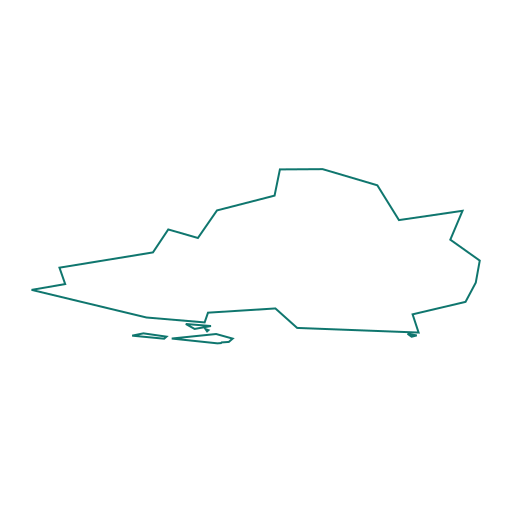 Sakha (Yakutia), Equal Earth projection, rotated 181°
{"feature_id": "RUS-2612", "entity_name": "Sakha (Yakutia)", "entity_type": "Autonomous Province", "adm_level": 1, "iso_a3": "RUS", "parent_name": "Russia", "parent_adm1": "", "projection": "equal_earth", "projection_center": [131.922, 66.295], "detail": "coarse", "context": "isolated", "style": "outline", "palette": "teal", "viewbox_px": 512, "rotation_deg": 181, "n_neighbors": 0, "source": "natural_earth", "source_scale": "10m", "svg_char_len": 760}
<svg xmlns="http://www.w3.org/2000/svg" viewBox="0 0 512 512"><g transform="rotate(181 256 256)"><path d="M92.1,182.3L213.6,184.8L235.7,203.9L303.0,198.5L306.2,188.7L364.4,192.6L479.8,218.2L446.3,224.6L452.3,240.9L359.1,257.8L344.2,281.0L314.4,273.0L295.8,300.9L238.5,316.7L233.6,343.0L190.9,344.0L135.9,328.8L113.7,294.4L50.3,304.8L62.0,275.7L32.2,255.3L35.8,233.2L45.7,213.8L98.4,200.4L92.1,182.3ZM338.8,172.0L294.5,177.3L277.9,173.0L281.7,169.6L288.8,169.0L289.5,168.3L293.1,168.0L338.8,172.0ZM378.4,174.2L367.2,176.7L344.1,173.8L346.4,171.7L378.4,174.2ZM316.1,182.0L325.0,186.8L299.8,185.2L316.1,182.0ZM99.0,178.0L103.1,180.9L93.9,179.4L99.0,178.0ZM303.6,179.8L305.2,182.0L302.3,181.0L303.6,179.8Z" fill="none" stroke="#0f766e" stroke-width="2"/></g></svg>